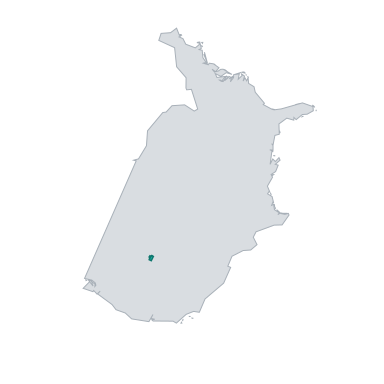 Oneida, Idaho, United States of America (highlighted), rotated 296°
{"feature_id": "52423323B61185328632609", "entity_name": "Oneida", "entity_type": "district", "adm_level": 2, "iso_a3": "USA", "parent_name": "United States of America", "parent_adm1": "Idaho", "projection": "albers", "projection_center": [-112.403, 42.25], "detail": "fine", "context": "in_parent", "style": "filled", "palette": "teal", "viewbox_px": 384, "rotation_deg": 296, "n_neighbors": 0, "source": "geoboundaries", "source_scale": "gbopen_adm2", "svg_char_len": 4249}
<svg xmlns="http://www.w3.org/2000/svg" viewBox="0 0 384 384"><g transform="rotate(296 192 192)"><path d="M297.8,123.3L314.1,113.1L313.7,95.7L321.0,94.7L325.8,102.9L332.5,106.3L327.3,112.0L327.8,113.7L325.7,112.4L325.9,116.6L322.1,121.6L323.0,131.8L327.7,133.9L329.5,132.4L328.1,131.1L329.1,131.5L330.2,133.2L325.2,137.4L323.1,136.0L323.9,139.0L317.5,142.9L314.1,148.8L313.7,146.6L312.7,145.6L313.5,150.9L315.3,151.0L316.6,155.1L315.5,161.8L310.4,160.4L311.2,156.2L309.7,159.6L312.3,162.6L314.7,163.9L316.0,166.1L315.2,176.3L314.3,170.5L308.6,167.3L308.6,161.0L305.9,164.2L310.4,171.2L306.1,170.4L305.0,171.2L305.0,168.3L304.6,167.6L304.3,170.0L304.9,171.6L311.4,172.3L310.8,174.2L307.4,172.6L306.3,172.5L310.6,174.4L312.1,174.5L312.2,176.7L310.0,175.9L313.7,177.8L313.3,178.4L311.4,177.5L307.9,178.2L313.1,179.2L315.6,178.0L321.2,183.9L316.6,179.5L318.9,182.7L313.7,184.1L318.7,186.0L320.0,184.2L319.2,188.4L314.1,189.3L317.7,189.7L315.9,192.4L319.3,192.3L314.4,195.3L313.8,201.6L309.4,205.1L303.5,218.2L301.8,217.7L301.4,227.7L301.9,229.9L305.9,235.9L320.5,252.2L321.8,263.3L318.2,265.4L312.4,261.4L310.0,257.2L302.7,253.9L303.7,250.9L301.2,252.0L299.9,244.8L291.3,240.3L282.2,245.1L279.2,241.7L269.6,244.3L270.4,242.4L269.2,244.5L265.1,246.5L264.1,243.4L264.0,245.8L251.1,250.1L257.1,250.1L255.9,253.5L261.0,255.1L259.2,257.2L253.4,254.7L253.9,257.7L247.0,258.2L242.4,255.4L240.6,257.9L230.3,257.2L225.6,262.5L226.8,261.1L223.5,260.7L223.0,266.0L217.7,270.4L218.9,269.1L214.9,269.4L216.6,270.8L212.3,273.8L211.5,279.6L209.3,279.1L211.4,280.3L212.6,285.3L215.0,288.0L213.8,289.3L201.9,287.4L198.2,280.3L184.3,267.0L178.2,266.9L173.2,273.5L165.6,270.2L161.8,263.6L151.8,256.1L141.0,256.7L141.2,259.8L123.9,260.4L101.6,250.6L87.1,251.3L85.4,245.8L79.5,240.4L67.3,235.4L67.6,231.6L59.0,213.6L59.5,211.8L61.3,214.3L60.4,210.5L64.8,210.6L56.6,210.1L51.5,193.4L54.0,185.1L52.9,175.3L55.8,169.5L59.0,151.9L62.7,152.9L58.6,151.4L60.4,146.8L59.0,146.7L57.7,136.4L66.5,139.3L64.1,144.3L67.5,140.9L66.7,145.3L64.5,146.1L66.0,146.5L67.9,144.9L68.9,140.5L67.2,133.3L195.5,128.2L195.0,125.6L198.3,129.4L213.6,130.8L227.5,125.2L250.6,130.9L252.5,133.7L260.8,136.2L267.1,147.2L265.7,158.5L269.0,160.8L284.0,146.5L281.5,142.4L282.8,141.0L292.1,136.6L297.8,123.3ZM320.5,143.8L323.1,141.9L314.3,149.6L321.0,142.2L320.5,143.8ZM67.4,137.7L68.3,140.6L68.2,141.0L66.8,138.7L67.4,137.7ZM214.7,287.2L212.4,283.0L212.0,280.4L212.7,283.1L214.7,287.2ZM328.1,111.9L328.8,113.2L328.2,113.2L328.1,111.9ZM242.8,256.7L243.4,257.7L242.1,257.1L242.8,256.7ZM71.8,240.1L73.3,239.7L73.4,239.8L71.8,240.1ZM70.3,239.6L69.7,240.3L69.3,239.6L70.3,239.6ZM327.9,136.2L327.5,137.5L327.2,137.4L327.9,136.2ZM212.5,278.0L212.0,280.1L213.3,275.8L212.5,278.0ZM316.0,246.8L318.8,250.0L315.6,246.5L316.0,246.8ZM79.0,244.1L79.5,245.3L78.9,244.2L79.0,244.1ZM322.7,263.6L321.9,265.3L322.9,262.0L322.7,263.6ZM322.7,186.1L322.1,188.0L321.5,184.1L322.7,186.1ZM66.4,135.2L66.4,136.0L65.9,135.6L66.4,135.2ZM216.8,271.6L214.8,272.9L216.8,271.3L216.8,271.6ZM330.7,135.2L331.2,136.1L330.2,136.3L330.7,135.2ZM78.7,247.2L79.1,248.6L78.5,247.4L78.7,247.2ZM214.4,273.8L213.6,274.5L214.2,273.5L214.4,273.8ZM316.3,167.9L315.9,170.4L316.1,167.0L316.3,167.9ZM225.1,263.5L223.9,264.6L225.6,262.8L225.1,263.5ZM302.0,228.6L302.4,230.3L301.8,229.2L302.0,228.6ZM319.8,192.3L319.5,192.8L320.2,191.1L319.8,192.3ZM285.5,243.7L284.2,245.0L283.5,245.1L285.5,243.7ZM264.4,246.4L264.2,246.8L263.2,247.0L264.4,246.4ZM308.3,258.0L308.9,259.0L307.9,257.9L308.3,258.0ZM260.8,249.9L260.9,251.0L260.3,249.1L260.8,249.9ZM320.0,267.7L319.1,268.2L320.2,267.4L320.0,267.7ZM316.7,155.9L316.6,157.2L316.6,155.5L316.7,155.9ZM321.4,188.8L321.0,189.4L320.9,189.4L321.4,188.8Z" fill="#d9dde1" stroke="#a8b0b8" stroke-width="1"/><path d="M112.4,183.2L112.4,185.5L112.5,185.5L112.9,185.5L113.0,185.5L113.3,185.5L113.5,185.5L113.9,185.5L114.3,185.5L115.3,185.5L115.6,185.5L116.3,185.5L116.6,185.5L116.8,185.5L117.1,185.5L117.1,184.3L117.3,184.3L117.3,183.8L117.2,183.8L117.1,183.6L116.9,183.4L116.7,183.1L116.3,183.0L116.2,183.3L116.1,183.2L115.9,183.2L116.1,182.8L116.1,182.5L116.1,182.3L115.9,182.4L115.8,182.2L115.7,182.2L115.0,182.0L115.0,182.6L114.2,182.6L114.2,183.2L112.4,183.2Z" fill="#14b8a6" stroke="#0f766e" stroke-width="1.5"/></g></svg>